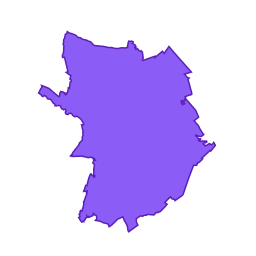 Targu Jiu, Gorj, Romania (Natural Earth projection), rotated 263°
{"feature_id": "2599482B9507292753009", "entity_name": "Targu Jiu", "entity_type": "district", "adm_level": 2, "iso_a3": "ROU", "parent_name": "Romania", "parent_adm1": "Gorj", "projection": "natural_earth1", "projection_center": [23.276, 45.047], "detail": "fine", "context": "isolated", "style": "filled", "palette": "violet", "viewbox_px": 256, "rotation_deg": 263, "n_neighbors": 0, "source": "geoboundaries", "source_scale": "gbopen_adm2", "svg_char_len": 5663}
<svg xmlns="http://www.w3.org/2000/svg" viewBox="0 0 256 256"><g transform="rotate(263 128 128)"><path d="M112.5,202.4L113.1,201.7L118.5,199.2L121.4,198.3L127.2,194.5L130.1,199.4L137.2,197.4L149.6,189.1L147.2,186.0L145.3,187.2L145.1,187.0L145.7,186.5L144.5,185.0L145.7,184.2L146.1,184.6L147.4,183.8L148.1,184.6L148.3,184.4L148.7,185.1L147.4,185.7L149.5,188.6L150.3,188.2L150.6,188.8L150.9,188.9L152.1,188.5L153.2,192.8L153.2,194.3L153.6,194.5L153.7,195.4L155.9,195.5L158.4,195.0L166.3,193.9L168.9,193.3L170.1,194.8L171.0,193.2L171.5,192.6L174.4,190.8L174.6,190.6L175.8,197.7L192.0,186.5L199.5,181.4L203.9,178.6L197.6,173.0L200.0,171.5L194.6,163.3L196.0,163.5L193.2,151.1L193.3,150.6L193.8,150.5L195.2,151.4L196.2,151.7L197.7,151.5L199.4,151.7L200.8,151.2L201.2,151.3L201.5,151.6L202.1,151.0L203.1,150.4L202.8,150.1L202.9,149.9L202.7,149.5L202.9,148.7L204.9,147.6L205.8,146.8L205.1,146.0L205.0,145.4L205.9,144.9L206.4,144.9L207.6,145.9L208.1,145.6L207.2,144.7L207.3,144.5L208.7,145.5L209.1,145.4L209.7,145.0L211.4,142.7L212.8,143.7L213.2,143.4L213.7,142.3L213.8,140.3L214.2,139.5L212.6,138.5L211.9,138.4L210.2,137.8L208.0,137.3L208.0,136.3L207.7,135.7L208.4,131.4L208.4,130.6L208.1,128.0L208.1,127.2L209.0,123.5L209.9,121.7L210.1,119.0L211.3,115.5L211.8,114.2L213.9,105.1L214.5,103.9L217.3,102.1L218.4,101.1L219.0,99.2L219.9,98.2L220.8,96.1L221.9,93.0L222.8,92.5L223.2,92.1L223.6,91.0L223.9,89.7L224.5,88.9L226.5,87.4L228.5,83.7L229.3,81.6L231.1,79.5L229.2,78.7L228.9,77.8L228.3,77.0L227.7,77.1L226.0,76.3L225.0,76.1L224.1,75.3L223.0,74.8L222.0,74.6L221.2,74.6L219.1,73.8L218.4,73.9L218.0,74.3L216.8,74.3L214.9,73.8L213.7,73.8L212.2,73.5L210.1,72.9L208.0,71.7L207.3,71.6L206.0,71.7L205.9,73.6L191.0,75.3L190.9,73.7L190.8,73.4L189.8,74.6L188.8,75.3L187.0,77.7L183.6,76.3L182.3,77.7L180.8,77.1L180.7,76.2L174.6,74.7L175.2,73.7L172.8,73.1L169.6,71.7L170.0,71.1L168.8,70.4L168.9,70.2L168.7,70.1L169.7,69.0L170.6,69.5L172.0,67.1L171.9,66.9L172.4,65.9L171.6,65.6L171.8,65.2L170.9,64.7L169.7,64.2L169.3,64.3L167.5,63.7L168.2,62.5L168.8,61.8L177.0,54.3L179.9,49.1L180.7,47.4L179.4,47.8L177.6,46.2L173.5,43.5L173.0,44.3L172.6,44.5L172.2,45.4L170.2,46.5L169.8,46.9L169.6,47.3L169.6,47.6L170.6,48.6L170.1,49.0L169.9,49.4L170.0,49.9L168.0,51.3L166.8,51.6L165.9,54.5L165.7,54.8L161.4,57.1L161.0,57.9L160.4,58.4L159.6,58.6L159.0,58.2L158.6,59.7L158.9,61.0L158.7,62.6L158.3,63.3L157.7,63.7L155.5,64.3L154.9,64.9L154.7,65.6L153.9,66.2L154.3,67.9L154.0,68.3L153.4,68.5L152.8,68.6L152.3,68.4L151.6,67.8L150.8,67.7L150.0,67.8L149.4,68.2L148.9,69.1L148.8,70.1L149.8,72.0L149.5,73.1L149.0,73.9L147.3,74.6L146.6,75.5L145.8,76.1L145.6,77.0L146.1,78.1L144.8,80.2L142.2,82.5L138.7,84.1L137.1,84.5L136.9,84.5L136.7,82.3L136.4,82.5L133.8,82.5L131.2,82.9L129.2,82.9L128.5,82.4L127.2,82.8L124.6,81.5L121.6,81.2L120.9,80.6L120.7,80.0L120.3,79.5L119.6,78.9L119.3,78.1L117.0,76.9L116.0,76.0L115.8,75.6L114.8,74.8L112.6,72.4L112.3,72.4L111.5,71.5L111.0,70.8L108.8,69.3L107.4,67.6L107.3,67.9L106.8,68.1L107.4,69.4L107.0,69.7L106.5,69.7L106.4,69.9L105.7,79.2L105.2,79.7L105.3,80.3L105.1,80.4L104.6,81.9L103.4,84.9L103.5,87.2L103.4,88.1L102.8,89.1L102.5,89.5L102.5,89.8L102.0,90.5L101.8,90.5L102.1,89.9L101.9,89.7L101.5,90.7L100.7,91.4L100.2,91.3L99.9,91.5L99.9,91.4L100.6,90.0L99.5,89.9L97.6,88.8L95.8,90.3L91.0,88.9L87.5,88.6L86.4,88.3L85.0,88.6L84.7,89.3L84.4,89.2L83.3,88.8L83.2,88.3L84.7,87.4L85.3,87.4L85.2,87.2L85.6,86.5L86.2,85.8L86.4,85.7L86.6,86.0L86.8,86.0L86.9,85.1L83.3,83.1L75.7,80.1L76.2,79.1L70.7,76.4L70.8,76.7L70.4,77.1L70.4,77.7L70.2,78.0L70.5,78.4L70.2,79.6L70.5,80.0L70.2,80.1L68.5,78.8L68.1,79.3L64.2,77.2L60.1,75.3L60.2,75.0L57.3,74.7L53.7,73.3L53.1,73.0L53.0,72.8L52.8,72.7L51.1,72.3L51.3,71.8L51.9,71.0L51.7,70.7L51.0,70.5L50.9,70.2L49.4,70.1L48.7,69.9L48.5,69.0L45.9,69.6L45.2,68.1L43.3,68.9L40.3,70.5L40.6,71.7L40.4,72.8L41.0,72.7L41.5,73.2L41.7,73.6L42.7,74.6L44.0,75.2L44.0,75.6L44.3,76.2L44.8,76.5L45.6,76.5L44.3,77.3L44.9,77.9L44.2,78.3L44.6,78.9L44.4,79.1L44.4,79.9L45.1,80.9L45.0,81.5L45.4,82.5L46.1,82.9L46.5,82.9L46.7,83.1L46.7,83.3L47.2,83.3L46.5,83.9L46.2,83.8L45.6,84.5L45.7,84.9L44.8,85.9L44.5,86.0L41.8,85.9L41.1,85.5L40.3,84.3L40.1,84.6L39.8,86.2L39.2,88.0L38.6,89.4L36.7,92.4L36.4,93.7L35.2,96.3L34.6,96.7L32.3,97.2L33.6,99.9L37.5,105.1L38.8,106.7L40.4,112.1L35.9,113.3L35.6,113.7L30.7,115.4L26.5,115.5L24.9,115.9L24.9,116.1L25.1,116.7L26.1,118.0L26.5,118.9L30.4,126.0L33.4,124.9L35.7,125.0L36.7,125.1L37.3,125.8L39.2,129.5L39.2,129.8L38.6,131.6L38.8,132.3L39.1,132.5L39.3,133.5L39.2,135.6L39.3,135.9L39.7,136.3L39.7,138.2L39.1,140.0L39.0,141.4L38.6,142.5L38.6,143.3L38.7,143.6L39.3,144.1L39.9,144.3L40.4,145.2L40.3,146.0L40.5,146.5L40.9,146.8L40.5,147.9L40.9,148.5L41.3,150.1L45.3,155.1L47.6,157.6L49.4,155.4L53.3,159.9L53.1,160.0L54.5,161.7L53.8,162.2L53.4,162.3L53.3,162.5L52.4,162.9L51.5,165.2L50.9,165.7L50.2,165.8L54.3,173.4L54.8,174.1L56.2,175.0L70.8,182.1L83.0,188.5L82.6,191.5L85.0,193.0L84.8,193.3L85.7,195.1L86.0,195.3L86.9,196.8L88.0,197.9L88.4,198.3L89.1,197.5L89.9,198.8L95.6,206.6L95.0,207.3L99.8,212.3L100.1,212.5L100.6,212.5L103.2,211.3L102.3,210.6L101.1,209.0L102.3,207.3L102.1,206.9L102.6,206.7L101.1,203.7L101.1,203.4L100.9,202.9L101.0,202.2L101.7,202.1L103.0,200.7L103.4,200.6L104.3,202.7L104.3,202.9L103.9,203.1L104.6,204.6L105.5,204.3L105.0,202.8L105.3,203.0L105.8,202.6L105.6,201.0L106.1,200.6L105.8,198.6L106.2,198.1L106.3,197.4L106.8,197.3L106.8,196.6L107.5,196.6L107.4,198.3L108.3,198.7L108.3,198.2L108.9,196.6L109.3,196.2L111.2,195.4L111.5,194.7L111.8,194.8L112.5,194.3L112.7,194.6L110.9,197.9L110.7,198.8L110.9,199.5L110.8,199.9L111.7,201.6L112.2,202.3L112.5,202.4Z" fill="#8b5cf6" stroke="#5b21b6" stroke-width="1.5"/></g></svg>